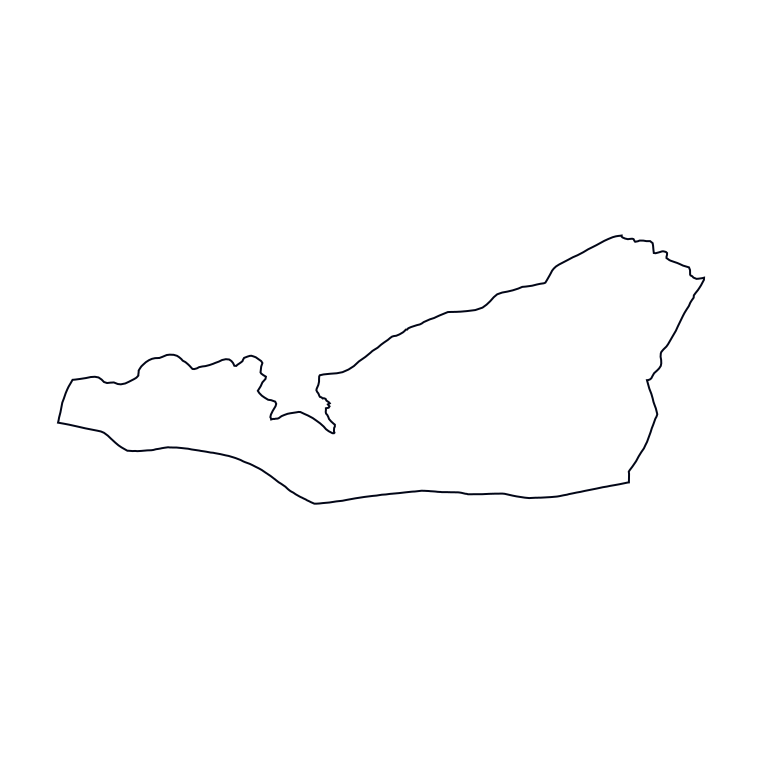 Peam Chor, Prey Vêng, Cambodia, rotated 265°
{"feature_id": "14789045B80161198747042", "entity_name": "Peam Chor", "entity_type": "district", "adm_level": 2, "iso_a3": "KHM", "parent_name": "Cambodia", "parent_adm1": "Prey Vêng", "projection": "equal_earth", "projection_center": [105.272, 11.043], "detail": "fine", "context": "isolated", "style": "outline", "palette": "ink", "viewbox_px": 768, "rotation_deg": 265, "n_neighbors": 0, "source": "geoboundaries", "source_scale": "gbopen_adm2", "svg_char_len": 6144}
<svg xmlns="http://www.w3.org/2000/svg" viewBox="0 0 768 768"><g transform="rotate(265 384 384)"><path d="M264.6,619.4L273.2,620.3L275.3,620.2L276.7,621.2L280.0,624.2L285.1,628.4L289.7,631.4L293.6,634.3L297.2,637.3L300.5,639.2L303.4,641.0L307.9,643.1L312.8,645.4L316.5,646.9L320.1,648.7L325.8,651.3L327.7,652.6L330.0,653.6L331.5,653.4L335.9,652.7L339.9,651.6L342.7,650.9L346.2,650.4L350.8,649.5L356.3,647.9L364.9,646.3L364.9,647.6L365.4,649.4L366.4,650.8L368.6,652.2L371.2,654.0L373.7,657.3L375.5,659.4L377.9,661.3L380.3,662.0L383.8,662.2L387.0,661.9L390.3,662.4L391.8,663.1L394.0,665.3L396.7,668.6L398.8,670.4L403.8,673.9L406.1,675.5L411.6,679.4L415.7,681.7L425.9,687.8L428.7,689.6L431.8,691.9L435.1,694.5L438.3,696.2L440.7,698.0L443.0,700.0L445.3,700.4L447.7,702.5L450.2,704.9L452.3,706.6L454.8,708.5L457.0,709.9L459.9,711.8L462.0,712.1L461.7,710.3L461.5,706.5L461.5,704.5L463.0,701.6L464.5,700.4L465.4,698.9L466.3,698.5L470.8,698.8L473.6,698.0L475.9,692.2L477.6,689.3L479.0,686.7L480.5,683.3L482.0,680.0L482.7,678.9L483.5,678.0L484.8,676.4L486.1,676.5L488.0,677.2L489.8,677.4L491.0,676.3L491.8,674.0L491.9,672.6L491.2,669.4L490.6,666.0L491.0,664.2L494.2,664.1L498.2,664.1L500.9,663.9L503.1,661.6L503.5,657.7L504.2,655.0L504.5,652.5L504.6,651.0L504.1,649.5L503.8,646.6L504.7,646.0L506.6,645.2L507.1,643.9L507.1,641.1L507.0,639.6L507.9,636.8L509.2,634.4L510.1,633.6L511.2,633.7L511.1,632.0L511.1,630.8L510.9,627.8L510.3,624.6L508.9,620.1L507.4,615.9L503.8,607.7L502.0,603.2L500.4,599.1L497.9,594.0L495.4,588.0L493.8,583.2L491.7,578.3L487.8,568.9L486.1,565.6L484.2,563.2L482.3,561.4L478.4,558.9L473.5,555.5L470.9,553.6L470.4,552.0L470.2,548.3L469.8,545.0L469.0,540.1L468.7,533.9L468.7,530.2L467.4,526.2L466.1,520.5L465.3,515.0L464.8,509.7L463.5,504.6L460.9,500.9L457.2,497.0L454.1,493.1L451.5,488.8L449.7,481.4L449.4,473.1L449.4,466.8L449.6,461.7L449.9,457.7L450.1,453.9L447.4,445.2L446.3,442.1L445.4,439.7L444.4,435.3L443.5,432.7L442.2,428.9L441.0,426.9L440.2,424.8L439.8,422.1L439.0,418.6L438.4,416.0L437.8,414.2L437.3,412.9L436.2,411.8L436.3,410.5L435.0,409.1L433.8,407.4L432.1,403.8L431.0,400.4L430.9,398.0L430.5,396.1L429.3,394.1L427.6,391.7L425.3,387.6L423.4,384.5L420.7,380.8L419.1,377.6L417.9,375.3L416.3,373.2L412.6,367.8L408.7,361.0L404.5,355.6L401.5,349.9L399.4,343.7L398.8,337.9L398.9,331.2L398.8,324.6L398.3,320.8L397.2,320.1L394.3,319.7L392.0,319.5L388.8,318.5L385.1,316.5L383.7,316.1L382.0,316.7L380.3,317.8L378.0,318.5L376.8,319.0L376.1,320.6L374.9,321.7L375.1,322.8L374.3,324.5L372.5,325.2L370.5,327.6L369.5,328.3L368.6,326.3L367.5,327.0L366.5,327.8L365.2,326.8L364.9,324.0L363.3,323.9L361.2,323.5L359.6,323.7L358.1,324.8L356.1,325.6L353.9,326.2L351.4,328.0L348.9,330.3L347.8,331.5L345.8,331.3L344.6,330.5L341.3,330.0L339.8,330.4L339.3,329.8L339.5,328.3L340.5,326.8L341.8,324.8L344.0,322.3L346.9,320.2L350.4,316.9L353.7,313.1L356.3,310.0L359.3,305.4L361.0,302.3L363.4,298.2L363.6,296.4L363.4,294.2L363.0,288.0L362.7,285.3L361.8,281.9L360.9,279.1L359.1,276.1L358.8,274.8L358.9,273.3L358.7,271.5L358.9,270.5L358.5,268.5L359.6,268.4L360.9,267.9L363.4,268.7L366.9,270.8L371.3,274.0L373.6,274.9L375.9,274.1L377.7,270.2L378.4,267.2L380.9,263.8L383.0,261.3L385.8,259.0L388.2,257.7L392.6,261.0L396.2,263.0L399.4,266.4L401.6,267.0L403.4,264.5L405.1,262.6L406.3,262.0L412.1,263.2L415.5,264.7L417.5,263.7L421.8,258.6L422.9,256.3L423.7,254.3L423.7,252.7L423.2,250.4L422.2,246.9L420.5,245.7L419.1,245.0L418.2,243.7L417.1,241.8L415.9,239.6L414.9,238.4L415.2,236.5L418.0,235.5L420.2,234.0L421.9,231.9L422.5,228.6L422.0,224.8L420.7,221.4L419.7,217.7L419.0,215.5L418.1,211.9L417.4,207.7L417.3,204.5L416.9,201.3L415.9,199.0L415.4,196.2L415.7,194.5L417.1,193.4L419.2,191.8L420.9,190.3L423.1,188.1L424.8,185.5L426.5,184.3L428.6,182.2L430.1,180.3L431.4,177.0L431.9,173.1L431.8,170.1L430.3,165.4L429.5,162.5L429.7,158.2L429.3,155.1L428.2,151.9L426.5,148.7L424.4,145.9L422.7,143.8L420.6,142.1L418.8,140.8L417.1,140.6L414.9,140.1L413.8,140.0L412.2,138.3L411.6,137.4L410.6,135.3L409.7,133.1L408.4,129.9L407.1,126.3L406.6,121.8L407.2,118.8L409.1,115.0L409.2,111.5L409.1,108.2L410.4,105.2L413.0,103.1L415.4,100.2L416.4,96.6L416.5,92.5L415.9,87.5L415.5,81.3L415.3,76.5L415.3,74.1L412.4,72.1L408.9,69.6L406.2,68.0L402.6,66.1L397.4,63.8L393.5,61.9L384.0,59.2L378.9,57.4L376.3,56.7L373.9,55.9L372.4,61.5L370.9,66.8L368.1,75.7L365.9,82.5L362.4,94.6L361.4,97.8L359.8,100.8L356.6,104.4L353.5,107.1L348.9,111.3L346.0,114.2L343.8,116.9L342.6,118.6L339.9,122.5L339.8,123.5L339.4,126.0L339.1,127.7L339.0,130.2L338.6,132.5L338.5,136.2L338.5,138.6L338.5,142.5L338.4,144.3L338.3,146.4L338.4,148.5L338.9,151.2L339.0,153.2L339.2,155.6L339.4,157.0L339.6,159.5L339.7,161.5L339.8,163.4L339.4,165.4L338.8,171.7L337.8,177.0L337.1,180.5L336.6,183.2L335.6,186.5L333.8,194.1L333.3,195.8L332.6,198.8L332.1,200.8L330.8,205.4L330.4,207.8L329.9,209.4L328.4,214.9L326.7,220.1L325.9,222.9L324.9,225.4L323.9,227.9L323.1,229.8L320.8,234.5L319.2,237.0L318.3,238.7L316.1,243.4L314.5,246.1L312.6,249.1L310.9,251.9L309.0,254.7L306.6,257.6L302.0,263.3L295.3,270.5L293.6,272.8L290.3,276.8L287.9,278.9L286.8,280.0L285.7,281.2L284.8,282.4L283.8,284.0L283.0,285.0L281.9,286.3L279.2,290.2L278.3,291.7L277.7,292.8L277.2,293.5L275.7,296.1L274.9,297.1L273.6,299.4L272.7,300.8L270.9,304.1L270.7,305.8L270.6,309.0L270.7,312.7L270.7,315.7L270.7,319.2L271.2,326.4L271.3,332.3L271.8,336.8L272.6,345.5L273.2,354.8L273.5,363.1L273.5,366.8L273.9,372.2L273.8,376.2L274.0,380.2L274.0,389.5L274.2,396.3L274.3,401.6L274.3,403.5L274.2,405.2L274.4,412.1L274.1,414.7L273.5,419.1L273.1,421.2L272.8,423.3L272.4,425.8L271.8,428.6L271.6,430.5L271.2,432.4L270.8,437.0L270.6,439.0L270.3,441.4L270.1,443.6L269.6,448.4L269.3,449.9L268.9,451.5L267.6,455.4L267.3,457.0L266.8,458.1L266.6,460.8L266.3,464.9L265.7,471.4L265.4,479.3L265.1,484.4L264.5,492.4L264.1,494.6L261.6,502.4L260.5,506.2L258.5,514.4L257.7,518.7L257.5,524.9L257.1,530.4L256.8,540.2L256.8,546.5L257.0,549.1L257.5,553.2L257.8,556.7L258.2,558.8L258.6,562.5L259.1,566.6L259.4,570.2L260.0,574.7L261.3,586.7L262.1,593.0L262.4,597.2L262.8,600.4L263.2,605.3L263.6,609.7L264.2,614.8L264.6,618.1L264.6,619.4Z" fill="none" stroke="#020617" stroke-width="2"/></g></svg>